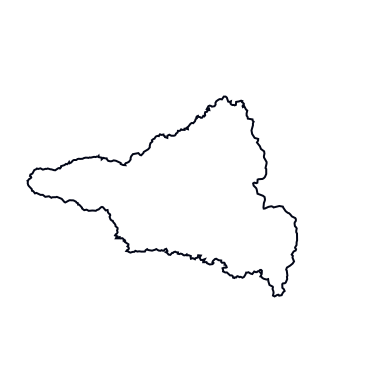 Monte Alegre de Goiás, Goiás, Brazil (Natural Earth projection), rotated 220°
{"feature_id": "56859067B90093071005547", "entity_name": "Monte Alegre de Goiás", "entity_type": "district", "adm_level": 2, "iso_a3": "BRA", "parent_name": "Brazil", "parent_adm1": "Goiás", "projection": "natural_earth1", "projection_center": [-46.903, -13.311], "detail": "fine", "context": "isolated", "style": "outline", "palette": "ink", "viewbox_px": 384, "rotation_deg": 220, "n_neighbors": 0, "source": "geoboundaries", "source_scale": "gbopen_adm2", "svg_char_len": 6065}
<svg xmlns="http://www.w3.org/2000/svg" viewBox="0 0 384 384"><g transform="rotate(220 192 192)"><path d="M57.4,175.7L59.2,176.6L61.2,176.7L63.6,179.4L63.6,180.4L62.3,181.7L62.0,182.9L63.1,186.5L64.8,188.1L65.1,189.2L68.9,192.7L69.9,193.0L70.3,193.9L70.7,195.1L69.5,198.7L68.9,201.9L69.2,204.4L72.8,206.3L73.7,207.9L75.4,208.1L75.9,211.8L75.0,213.8L75.5,215.1L76.7,215.3L77.4,215.8L77.8,218.5L79.6,220.8L80.4,222.5L84.9,227.7L86.1,228.1L87.1,229.1L88.4,231.4L89.5,231.8L91.2,232.0L93.1,233.7L93.8,234.8L93.8,236.2L94.3,237.2L95.1,238.0L96.1,238.4L99.8,237.5L102.2,238.0L104.0,238.1L105.3,237.6L107.9,237.5L111.8,238.6L113.0,239.2L116.1,237.4L119.6,232.6L120.8,232.6L122.1,232.0L123.9,229.7L125.6,226.1L126.4,225.4L127.4,226.2L129.8,229.7L130.8,232.4L131.5,233.4L133.2,234.8L135.3,234.7L140.7,232.8L144.3,235.7L145.3,236.2L148.9,236.5L150.7,237.9L150.3,239.2L148.4,240.1L147.9,241.1L149.7,243.7L149.2,244.6L146.4,247.3L145.9,248.7L145.8,250.4L146.7,253.5L149.9,257.3L151.1,257.6L153.1,261.6L154.1,262.9L159.0,264.7L159.9,265.6L161.2,268.0L162.9,269.5L166.9,269.3L169.4,270.7L174.1,271.7L174.4,273.8L175.4,275.2L178.8,273.7L183.2,275.1L186.0,277.4L188.2,282.3L189.5,283.8L190.0,285.5L191.3,285.6L192.3,286.5L196.4,284.1L197.8,285.3L199.2,285.6L200.7,287.3L202.0,289.9L203.7,289.9L207.1,291.3L207.6,289.8L208.5,290.3L208.8,292.8L209.9,293.1L211.5,293.0L211.9,294.0L213.1,293.5L214.3,291.5L216.1,289.4L214.4,286.9L215.0,285.8L215.9,285.6L216.8,284.7L218.0,284.3L219.3,284.5L220.5,286.5L221.2,285.1L222.4,284.5L226.0,286.7L227.6,286.7L229.0,285.5L228.6,282.2L230.3,281.2L231.0,279.9L231.7,277.1L231.3,275.3L230.1,274.1L229.9,272.2L231.6,270.2L232.9,270.1L234.0,269.5L234.6,268.3L233.9,264.8L232.4,265.3L232.1,263.1L233.2,261.6L232.5,260.3L231.2,259.2L231.2,257.8L232.3,257.6L232.0,255.5L232.8,254.6L234.1,254.5L235.3,253.7L236.3,254.2L236.8,253.1L236.7,252.0L235.7,251.6L236.0,250.0L235.2,248.2L235.3,245.5L236.5,244.8L237.0,243.4L236.8,238.7L235.5,237.5L236.6,237.0L237.3,237.9L237.6,236.5L238.4,235.7L237.6,234.8L239.7,233.1L240.6,233.0L240.5,231.5L241.1,230.5L242.1,229.8L241.3,228.3L241.8,226.4L241.4,225.5L241.5,224.2L242.2,223.3L244.0,221.8L246.2,221.3L247.0,219.3L245.7,217.6L248.0,216.7L248.8,217.3L249.9,217.0L250.8,217.7L252.3,215.9L253.6,215.6L253.6,214.5L253.3,213.5L254.6,212.7L255.3,211.3L255.3,210.1L255.0,208.7L255.6,207.9L256.0,205.9L254.8,205.1L255.2,202.6L254.1,200.3L253.0,199.0L253.0,196.6L254.7,191.7L254.3,190.6L254.5,187.5L255.4,187.0L258.1,187.3L261.6,183.0L261.5,180.1L260.9,178.6L259.9,177.4L259.7,174.8L260.3,173.1L261.3,171.5L261.2,170.1L260.3,169.7L262.1,168.4L264.6,167.6L265.3,168.4L270.4,167.0L272.3,165.9L273.3,164.0L274.3,163.0L276.2,162.0L278.2,162.4L279.0,162.9L279.9,162.1L281.8,161.2L282.2,159.0L283.3,160.2L285.8,158.8L286.7,159.6L286.7,158.6L287.7,158.0L288.2,156.9L289.7,155.9L291.6,153.3L292.6,152.7L293.3,151.5L294.4,150.9L295.7,149.8L296.6,148.5L297.2,147.1L299.1,145.3L300.0,144.8L300.9,143.6L301.2,142.2L303.1,140.5L303.5,139.3L303.5,137.0L304.2,135.4L305.4,136.0L305.2,134.7L305.5,133.0L306.6,132.5L307.0,130.6L308.9,127.6L308.2,126.6L308.3,125.1L309.2,125.0L309.8,124.0L310.7,120.8L311.6,120.1L314.2,119.0L315.2,118.3L317.6,117.3L318.1,116.3L319.0,115.7L320.6,113.3L323.3,112.7L324.7,110.7L325.9,110.3L326.1,109.0L326.9,107.5L326.1,103.5L327.0,101.5L326.4,100.1L325.3,100.3L324.4,99.7L324.6,98.3L325.1,97.1L325.0,95.8L325.2,94.8L324.4,94.5L323.5,93.1L321.9,92.0L320.9,91.7L316.6,91.2L315.4,90.1L314.2,90.6L311.4,90.0L310.6,91.3L306.2,92.4L304.4,93.9L301.3,94.0L298.8,96.8L296.0,97.2L295.6,98.2L293.0,100.5L292.4,101.4L287.4,103.0L283.1,102.3L282.3,102.6L280.6,106.9L277.4,109.4L274.6,110.0L273.5,109.6L272.4,110.1L271.1,109.1L270.2,109.8L266.2,109.3L265.6,108.7L262.9,108.8L261.4,110.7L259.0,111.2L256.3,113.9L253.6,115.8L253.1,117.5L252.3,118.6L251.9,121.7L251.4,122.7L250.3,123.1L246.3,122.4L245.1,123.9L243.3,122.4L241.7,122.0L240.4,122.2L239.6,121.5L239.2,120.0L236.8,118.6L235.2,118.5L234.2,119.0L232.6,118.2L231.1,118.1L229.4,117.5L228.7,116.7L225.9,116.6L225.1,115.7L224.8,114.5L223.1,113.3L222.8,111.9L223.2,110.5L223.0,109.3L221.0,110.0L220.5,107.6L218.4,109.4L219.2,110.1L218.4,111.0L217.5,110.1L216.6,110.7L215.9,111.7L215.0,111.9L214.0,111.7L213.1,110.8L212.7,111.9L211.6,111.5L211.2,110.6L207.1,111.1L206.5,110.3L206.5,108.8L205.1,108.9L204.1,108.2L203.8,107.3L204.4,105.6L204.3,104.6L203.2,105.3L201.8,105.5L200.2,106.0L199.0,107.9L197.7,109.2L197.6,110.5L195.5,111.3L194.4,112.6L192.3,113.9L189.8,116.1L190.1,117.5L189.6,119.4L188.4,119.3L184.9,121.4L183.1,124.2L182.7,125.3L180.0,125.7L178.4,126.7L178.0,127.8L176.4,128.4L175.7,129.1L176.0,130.4L175.2,131.9L172.9,131.0L173.3,129.1L172.0,129.4L169.7,129.0L168.2,129.9L168.1,132.6L167.4,133.1L167.3,134.2L166.5,135.5L165.1,135.8L163.9,136.7L163.2,135.6L161.8,136.3L161.1,137.5L159.5,138.2L158.1,138.1L157.3,138.4L156.1,139.8L155.9,140.8L155.0,140.3L154.0,141.4L151.7,142.2L150.9,140.9L149.9,140.2L148.9,141.8L146.5,142.4L146.8,143.5L145.5,145.4L146.6,147.5L144.4,149.0L143.9,146.6L141.6,145.6L140.3,146.6L139.0,148.8L138.7,147.4L139.0,146.3L138.3,145.4L135.8,147.6L134.7,147.1L131.8,147.9L129.9,150.0L129.9,151.4L131.2,151.3L131.6,152.8L131.3,155.4L130.6,156.4L127.7,156.9L125.6,158.3L124.7,157.2L123.5,157.1L122.0,158.5L121.0,158.4L120.3,157.2L119.6,157.7L118.2,157.4L117.0,156.6L117.4,155.8L118.8,154.7L119.6,153.2L117.7,152.0L117.2,151.1L114.8,151.7L113.6,152.8L109.2,152.6L107.9,153.7L106.6,153.7L105.4,152.8L104.2,153.4L104.2,154.4L103.3,154.8L103.2,156.6L101.9,157.2L101.0,157.2L100.2,158.3L98.2,158.8L97.6,160.4L98.0,163.1L98.7,165.1L97.8,165.8L97.2,166.8L94.6,167.2L93.1,167.9L93.2,171.1L91.6,171.6L90.8,172.3L90.7,173.4L90.0,174.1L89.7,176.1L89.0,176.7L87.9,176.6L86.8,175.2L87.8,174.2L85.9,173.9L85.3,171.3L84.4,171.7L83.2,171.4L81.4,171.6L78.7,172.8L77.7,174.2L76.0,172.6L72.9,170.6L69.3,171.4L68.5,170.7L68.0,169.5L65.9,168.3L64.7,167.2L63.4,164.7L61.6,165.1L60.5,168.0L59.7,168.9L58.6,168.6L57.0,170.6L57.5,172.3L57.7,174.2L57.4,175.7ZM232.4,265.3L232.3,266.6L231.4,265.9L232.4,265.3Z" fill="none" stroke="#020617" stroke-width="2"/></g></svg>